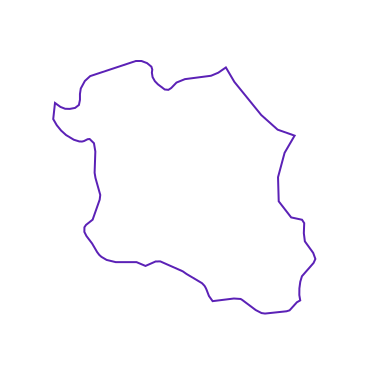 an SVG outline of Lucca, rotated 163°
{"feature_id": "ITA-5383", "entity_name": "Lucca", "entity_type": "Province", "adm_level": 1, "iso_a3": "ITA", "parent_name": "Italy", "parent_adm1": "", "projection": "mercator", "projection_center": [10.483, 44.019], "detail": "fine", "context": "isolated", "style": "outline", "palette": "violet", "viewbox_px": 384, "rotation_deg": 163, "n_neighbors": 0, "source": "natural_earth", "source_scale": "10m", "svg_char_len": 1310}
<svg xmlns="http://www.w3.org/2000/svg" viewBox="0 0 384 384"><g transform="rotate(163 192 192)"><path d="M123.2,301.2L119.3,284.9L103.3,245.4L91.9,226.6L77.4,215.9L92.0,202.4L105.4,181.0L111.8,157.7L104.6,138.7L94.9,133.3L93.8,129.4L97.1,119.9L98.5,111.8L93.9,98.3L93.6,91.9L96.5,88.6L111.5,79.3L114.7,74.5L117.5,68.4L119.5,62.1L120.2,56.7L123.9,55.9L133.3,50.3L136.5,50.3L157.7,54.4L160.9,55.9L165.6,60.5L175.6,74.2L176.8,75.5L183.1,77.9L204.2,81.6L206.2,87.6L206.7,94.7L207.0,96.7L207.5,98.7L208.3,100.3L209.1,101.9L221.2,115.2L224.0,118.8L242.6,134.9L247.1,136.2L258.1,134.9L265.5,141.1L285.4,147.2L293.5,152.0L297.6,156.5L299.1,159.0L300.3,162.3L302.6,172.0L305.8,180.7L306.6,185.3L305.2,189.7L303.0,191.5L295.1,194.6L282.5,211.7L280.6,216.0L280.2,233.7L279.5,238.9L272.6,259.0L271.5,267.3L274.4,272.6L276.4,273.0L280.4,272.3L282.4,272.4L285.0,273.3L289.7,276.5L295.8,283.3L299.2,289.0L301.8,295.4L303.4,302.3L297.0,317.2L292.9,311.8L289.0,308.7L284.6,307.2L279.2,306.6L274.7,308.3L272.2,312.9L270.5,318.5L268.1,323.5L262.0,329.5L255.5,332.6L207.4,333.7L202.1,332.1L197.3,328.4L194.2,323.7L194.2,320.7L195.5,317.8L196.1,313.4L195.1,308.8L193.1,304.9L188.1,298.0L184.7,296.6L181.5,297.5L174.8,301.2L165.8,302.0L139.8,297.6L132.0,298.4L123.2,301.2Z" fill="none" stroke="#5b21b6" stroke-width="2"/></g></svg>